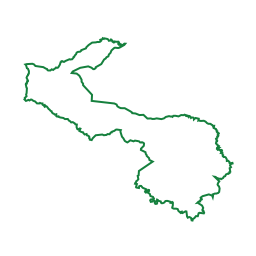 the district of Ipameri, Goiás, Brazil, rotated 274°
{"feature_id": "56859067B29247640267498", "entity_name": "Ipameri", "entity_type": "district", "adm_level": 2, "iso_a3": "BRA", "parent_name": "Brazil", "parent_adm1": "Goiás", "projection": "natural_earth1", "projection_center": [-48.016, -17.457], "detail": "fine", "context": "isolated", "style": "outline", "palette": "green", "viewbox_px": 256, "rotation_deg": 274, "n_neighbors": 0, "source": "geoboundaries", "source_scale": "gbopen_adm2", "svg_char_len": 5852}
<svg xmlns="http://www.w3.org/2000/svg" viewBox="0 0 256 256"><g transform="rotate(274 128 128)"><path d="M213.7,102.8L214.9,102.1L215.4,101.0L215.8,98.0L215.2,97.7L215.7,96.6L215.0,96.5L214.2,94.5L213.7,95.0L213.3,94.6L213.0,95.0L212.2,94.3L211.7,93.0L211.7,91.4L211.2,90.1L210.7,86.3L208.0,82.9L205.6,80.8L204.5,80.5L202.4,76.0L201.9,76.0L200.8,74.9L200.4,72.7L199.6,71.5L197.9,71.0L196.7,69.9L195.3,69.4L195.1,68.8L194.5,68.8L192.7,67.5L192.3,65.6L192.5,64.8L190.4,60.7L189.6,59.9L189.5,59.2L190.1,57.9L190.0,57.2L189.5,57.3L189.0,56.2L186.4,55.6L183.5,54.1L183.1,53.3L183.3,52.0L182.5,51.6L182.1,50.7L180.7,49.3L181.2,47.8L180.0,46.6L179.8,44.4L180.1,43.7L181.2,43.1L181.5,41.9L182.8,39.3L183.4,31.3L184.8,29.9L185.4,28.2L184.7,22.7L184.2,21.2L183.6,21.9L180.6,23.0L180.1,24.1L177.8,25.2L175.5,25.3L174.8,25.0L174.5,24.5L173.7,24.6L172.5,23.7L171.0,23.3L168.1,25.0L167.6,24.9L167.5,24.1L165.3,24.0L165.2,23.1L164.4,23.0L161.2,23.9L160.7,24.4L155.7,24.4L154.2,24.0L152.6,24.6L150.8,22.9L150.0,23.2L149.3,22.7L147.9,24.3L149.1,26.8L148.6,27.8L149.6,29.1L149.6,29.9L148.5,31.7L148.0,33.5L146.2,35.5L146.3,37.8L146.9,38.4L146.4,39.7L146.5,41.0L145.3,41.2L145.0,41.6L144.8,42.6L145.2,43.3L144.7,43.7L143.7,43.1L143.3,43.5L144.0,44.4L144.0,45.1L143.5,45.8L141.3,47.6L141.1,48.2L139.7,49.6L139.3,50.7L138.4,50.9L137.4,51.9L137.1,52.9L136.2,54.1L136.7,55.5L134.8,55.7L134.4,56.5L134.8,57.9L134.2,58.2L133.8,59.6L133.5,62.8L132.5,64.5L132.8,67.3L131.3,68.5L130.7,69.8L129.6,70.9L130.0,72.5L128.8,74.7L128.0,75.2L127.9,76.7L125.4,76.6L123.4,77.5L123.1,78.2L124.2,79.9L124.0,80.6L121.7,79.7L120.8,81.7L120.5,83.6L119.8,83.8L118.5,85.2L119.1,87.1L117.8,87.6L117.4,89.2L116.3,90.1L115.3,89.9L114.9,90.5L113.7,90.7L113.4,92.6L115.3,93.5L118.5,96.3L119.7,102.8L119.1,104.4L119.6,107.0L120.5,108.0L120.5,110.1L122.3,111.1L122.5,112.1L123.2,112.3L124.2,114.6L125.4,115.9L125.7,116.9L125.4,121.0L124.5,120.7L123.5,120.8L118.9,122.6L117.4,124.1L114.9,125.7L113.8,127.7L113.6,128.5L115.9,131.2L115.1,134.5L115.9,135.8L115.6,139.0L115.4,140.1L114.5,141.0L114.4,142.2L114.8,142.9L114.2,144.6L113.5,145.1L111.3,145.0L108.3,142.4L107.0,142.4L105.1,147.1L103.3,147.6L102.3,148.5L101.5,148.6L99.4,151.1L97.6,151.6L96.2,155.0L85.9,141.9L81.5,141.9L80.9,141.0L77.7,141.9L76.2,140.9L75.4,139.9L74.5,139.8L73.9,139.2L72.9,138.9L72.7,140.8L69.6,140.1L69.2,140.5L68.9,143.1L70.6,143.2L71.1,144.1L71.1,145.2L69.4,146.8L68.2,150.3L65.6,149.4L64.8,150.3L65.1,151.0L67.3,152.0L67.7,152.7L67.6,153.3L66.7,153.5L65.4,152.5L64.8,152.5L63.7,154.4L61.7,155.1L61.0,157.7L59.4,158.8L58.8,158.5L58.3,155.8L57.9,155.4L57.3,155.2L55.9,155.9L56.4,157.8L57.3,158.4L57.5,159.1L56.6,160.3L55.2,159.9L54.2,160.6L54.4,162.0L55.0,162.3L56.1,162.3L57.2,161.7L58.6,162.0L58.2,162.9L57.5,163.3L57.0,165.8L55.7,166.2L55.3,167.0L55.5,168.1L56.3,169.5L57.7,170.4L57.9,171.1L58.0,172.7L57.3,175.7L56.3,175.6L56.3,176.7L57.1,177.6L56.6,178.0L53.5,178.1L51.9,177.6L51.2,177.9L50.7,179.5L50.9,181.6L50.6,183.2L48.8,184.1L47.1,186.3L48.1,186.8L48.3,187.5L47.0,187.6L46.9,188.2L48.9,191.2L48.8,192.1L43.8,193.1L42.7,193.9L43.5,195.2L43.0,196.7L42.6,197.2L40.3,197.9L40.2,198.8L42.0,199.2L42.6,200.4L44.8,201.9L44.9,203.8L47.9,204.4L48.4,205.1L48.1,209.6L48.7,209.9L50.2,209.2L50.4,208.5L51.0,208.7L51.5,207.9L53.5,208.6L55.8,207.3L57.7,203.8L58.4,203.4L58.2,202.4L59.5,203.5L59.8,205.1L60.8,205.0L61.9,206.6L62.5,206.4L62.8,205.6L63.6,205.3L65.2,207.2L67.4,213.3L66.4,216.7L64.9,217.4L66.5,217.6L67.7,217.2L68.7,219.4L68.7,220.5L69.5,222.5L70.6,223.4L74.0,223.6L76.0,222.9L77.1,221.7L78.0,221.3L79.6,221.8L81.2,222.8L85.4,217.8L85.3,218.8L84.5,219.8L84.0,221.5L83.7,222.7L83.9,223.7L83.5,224.5L84.8,226.4L86.2,227.0L86.7,228.3L88.4,228.9L89.4,230.7L89.3,231.2L89.8,231.4L89.9,232.3L90.3,232.6L91.1,232.3L91.5,233.1L95.0,232.2L96.1,233.5L97.7,232.4L99.3,233.2L99.9,234.8L100.5,234.6L99.8,232.0L100.3,231.6L101.1,231.6L102.3,230.3L102.0,228.9L103.7,228.7L105.5,227.5L105.9,226.6L105.7,225.6L106.5,224.5L107.0,224.4L107.6,224.8L108.2,224.1L109.8,223.9L109.6,222.5L112.0,223.4L112.6,223.0L112.7,222.3L111.9,221.6L113.0,220.5L112.4,219.2L113.4,218.1L114.0,218.2L113.6,219.6L114.6,218.8L115.1,220.3L115.7,219.3L116.4,219.8L116.9,218.6L117.7,218.4L118.0,217.5L118.9,216.8L120.6,217.1L120.9,217.8L121.5,217.9L122.5,216.9L123.0,217.2L123.6,216.7L124.5,217.8L125.6,217.6L125.9,218.4L126.6,218.7L127.4,218.0L128.8,219.0L129.3,218.7L129.4,217.7L130.2,217.0L130.9,217.3L131.2,216.6L132.1,216.6L132.6,215.8L133.1,215.8L134.0,213.4L135.2,213.0L135.4,213.7L136.2,213.8L136.1,212.4L136.9,211.8L137.1,211.0L137.9,210.1L137.8,207.9L138.4,206.5L139.8,204.9L140.5,203.1L140.1,200.2L140.2,199.0L140.7,198.3L140.4,197.7L142.2,197.9L142.7,194.7L141.2,193.2L142.3,193.1L142.9,192.5L143.0,190.8L142.4,190.1L144.0,189.0L144.3,188.4L144.1,187.6L143.4,187.5L143.9,187.0L144.0,185.7L144.6,186.1L145.2,183.4L144.7,182.8L144.6,180.1L143.1,177.6L143.5,174.5L143.3,172.4L142.2,171.6L142.6,170.9L142.4,170.0L142.7,168.1L141.7,165.0L140.1,163.2L139.2,160.7L139.6,155.9L138.9,153.6L138.7,151.6L139.1,150.2L138.8,146.7L142.2,142.5L141.7,138.5L143.0,134.5L143.1,131.2L143.7,131.0L144.7,129.4L147.5,123.4L147.3,119.4L147.9,117.7L148.9,115.9L150.6,115.0L151.5,112.7L152.5,89.9L158.6,89.8L167.6,80.2L169.1,80.1L170.9,78.5L173.0,78.3L176.8,75.8L178.7,73.0L178.9,68.0L180.5,68.9L184.7,76.1L186.7,84.0L185.6,87.4L184.3,89.2L184.4,90.2L185.4,91.5L186.4,91.6L189.9,96.9L194.7,99.4L195.8,100.9L197.1,101.6L198.1,103.4L200.0,103.8L201.7,105.3L204.2,106.1L206.8,108.6L207.2,109.4L207.1,112.6L207.6,114.0L210.6,118.5L211.9,119.4L211.9,118.5L210.5,117.0L210.3,116.1L209.8,115.6L209.5,114.7L211.1,114.8L211.2,114.2L210.5,113.1L211.0,112.6L211.5,113.6L212.8,113.0L212.7,112.4L213.4,112.2L213.2,110.4L213.4,108.4L212.5,108.4L212.3,107.7L213.2,106.3L213.9,106.2L215.0,105.3L215.1,104.8L214.0,104.4L213.7,102.8Z" fill="none" stroke="#15803d" stroke-width="2"/></g></svg>